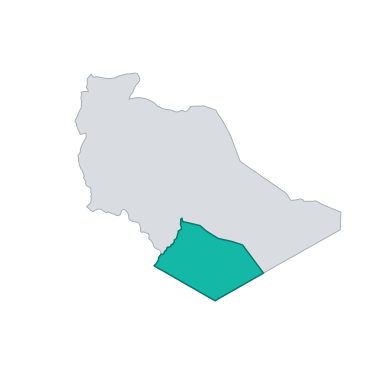 where Ennedi sits in Chad, rotated 120°
{"feature_id": "TCD-5579", "entity_name": "Ennedi", "entity_type": "Préfecture", "adm_level": 1, "iso_a3": "TCD", "parent_name": "Chad", "parent_adm1": "", "projection": "natural_earth1", "projection_center": [22.297, 18.351], "detail": "fine", "context": "in_parent", "style": "filled", "palette": "teal", "viewbox_px": 384, "rotation_deg": 120, "n_neighbors": 0, "source": "natural_earth", "source_scale": "10m", "svg_char_len": 5656}
<svg xmlns="http://www.w3.org/2000/svg" viewBox="0 0 384 384"><g transform="rotate(120 192 192)"><path d="M274.6,117.7L274.7,126.0L274.7,134.2L274.7,142.4L274.8,150.7L274.8,158.9L274.8,167.1L274.8,175.4L274.8,183.6L274.9,186.3L274.7,187.4L274.6,187.5L274.3,187.7L270.5,187.0L268.9,186.9L266.6,187.5L263.2,187.8L261.1,187.7L259.6,189.2L258.4,190.9L258.9,195.0L258.8,196.3L258.4,197.7L257.3,198.9L256.3,199.9L255.7,200.7L254.9,202.6L254.4,203.4L254.4,204.6L254.3,205.8L253.6,206.4L252.1,206.9L251.1,207.5L250.2,208.3L249.7,209.0L250.0,209.8L250.4,211.0L250.6,212.8L250.8,213.9L251.5,214.8L252.0,215.4L252.2,216.1L251.7,216.8L249.8,218.1L249.0,218.6L248.2,219.3L247.8,219.5L246.4,220.8L245.7,221.9L245.4,222.8L245.4,224.1L246.1,226.0L246.9,227.6L247.2,228.9L247.4,230.2L247.3,231.5L246.9,232.6L246.2,233.6L243.5,235.5L242.2,237.5L241.2,240.0L240.9,241.4L241.2,242.3L241.8,243.1L242.6,243.5L243.7,243.6L245.6,243.2L247.4,242.9L249.2,243.8L250.2,245.9L249.8,247.4L250.6,250.2L251.2,253.6L251.1,254.7L251.4,255.2L252.6,255.4L252.9,256.2L252.5,262.1L253.0,263.7L253.8,264.9L254.7,265.5L255.6,266.3L256.1,266.8L257.1,267.0L258.3,268.0L258.6,269.5L258.5,270.9L257.8,273.9L257.3,275.9L256.6,275.7L255.2,275.2L253.5,274.8L251.5,274.5L249.5,275.3L247.4,276.3L246.7,277.1L246.1,277.6L245.2,277.5L244.4,277.7L243.9,278.4L243.1,279.2L240.1,281.0L239.4,281.6L239.0,282.2L239.0,282.9L239.3,284.3L239.3,286.0L238.7,287.5L237.9,288.4L237.0,288.8L236.2,289.0L235.7,289.6L234.1,292.8L233.4,293.4L232.0,293.3L228.0,298.1L227.6,299.5L226.1,301.5L224.3,303.7L222.6,304.8L222.5,305.2L222.0,305.7L221.0,306.1L217.4,308.9L213.2,308.7L211.3,309.8L209.4,310.3L206.8,310.8L206.0,310.8L202.5,311.0L198.5,310.9L196.9,311.3L195.5,312.3L194.4,313.2L194.3,313.5L194.4,313.9L194.4,314.2L197.2,316.4L197.9,317.5L197.2,318.6L196.8,318.7L196.8,318.8L196.3,319.6L194.7,322.1L192.2,325.1L190.9,326.0L190.3,326.5L189.7,328.5L189.2,328.8L187.5,329.0L184.1,329.2L179.3,329.9L176.5,330.1L174.7,329.9L172.3,331.3L171.4,331.6L170.8,331.7L168.4,333.0L166.3,335.1L165.6,335.5L162.7,336.3L161.5,337.7L161.0,337.9L159.2,336.0L157.9,334.3L157.3,332.6L157.2,332.1L156.9,332.2L155.9,332.9L155.0,333.8L154.6,335.4L151.6,336.5L149.1,337.5L147.9,338.7L146.1,339.3L143.8,339.0L142.1,338.5L140.3,338.4L141.2,336.9L141.5,335.8L141.6,334.4L141.5,333.5L140.4,333.0L139.8,332.3L138.3,328.1L136.8,323.7L134.7,319.3L132.3,316.6L130.6,314.9L130.1,314.7L129.2,314.2L128.6,313.7L125.5,310.7L122.3,307.5L121.5,306.0L119.9,303.7L118.1,301.4L117.2,300.4L116.8,298.5L118.0,296.8L119.3,294.6L121.0,293.2L123.1,293.1L126.6,293.7L130.4,293.9L134.1,293.4L135.1,293.1L136.0,293.1L138.0,293.6L141.5,293.5L143.3,292.7L141.4,291.2L139.3,288.8L137.4,286.2L136.2,283.9L135.1,280.9L134.1,277.1L133.6,272.3L133.7,269.6L134.0,267.6L135.1,264.4L134.4,262.6L134.6,261.1L134.5,258.8L134.1,257.7L132.8,254.0L132.5,253.6L131.4,251.0L130.9,246.7L129.5,243.9L127.4,242.5L126.1,240.9L125.7,237.9L124.9,237.2L121.4,236.1L118.6,236.1L116.5,232.8L113.9,228.5L111.5,224.6L110.0,216.7L109.1,212.1L110.2,210.7L112.2,207.5L114.9,201.3L120.8,191.8L123.8,186.9L129.9,179.6L137.3,170.6L141.4,165.5L142.2,156.3L143.0,146.5L143.6,139.1L144.3,130.4L144.9,123.1L145.4,117.8L146.0,110.2L146.5,108.8L149.5,102.8L149.7,102.0L149.2,101.0L145.2,96.0L143.9,94.9L143.2,92.3L144.3,90.8L139.5,82.4L138.3,81.3L137.8,80.3L137.7,78.8L137.7,72.9L136.5,63.7L135.0,53.1L140.7,50.0L145.1,47.7L150.7,44.7L155.7,47.8L163.1,52.1L170.5,56.5L177.9,60.9L185.3,65.3L192.7,69.6L200.1,74.0L207.5,78.4L215.0,82.8L222.4,87.1L229.8,91.5L237.3,95.9L244.7,100.2L252.2,104.6L259.7,109.0L267.2,113.4L274.6,117.7Z" fill="#d9dde1" stroke="#a8b0b8" stroke-width="1"/><path d="M226.5,89.6L228.5,90.7L230.4,91.8L232.3,92.9L234.2,94.1L236.1,95.2L238.1,96.3L240.0,97.5L241.9,98.6L243.8,99.7L245.7,100.8L247.7,102.0L249.6,103.1L251.5,104.2L253.4,105.3L255.4,106.5L257.3,107.6L259.2,108.7L261.2,109.9L263.1,111.0L265.0,112.1L266.9,113.2L268.9,114.4L270.8,115.5L272.7,116.6L274.7,117.7L274.7,122.0L274.7,126.3L274.7,130.6L274.7,134.9L274.7,139.2L274.7,143.5L274.8,147.8L274.8,152.0L274.8,156.3L274.8,160.6L274.8,164.9L274.8,169.2L274.8,173.5L274.8,177.8L274.9,182.0L274.9,186.3L274.9,187.4L274.7,188.0L274.3,187.9L272.4,187.2L270.5,186.9L268.7,186.9L267.7,187.1L265.6,188.0L264.4,188.1L262.0,187.6L261.3,187.7L260.5,186.2L260.4,186.1L259.4,185.6L259.0,185.6L258.9,185.6L258.7,185.6L258.4,185.7L258.1,185.8L257.8,186.0L257.6,186.0L257.3,186.0L257.1,185.9L256.9,185.8L256.8,185.7L256.4,185.7L256.2,185.6L255.9,185.3L255.8,185.2L255.6,185.2L255.4,185.3L255.1,185.4L254.6,185.4L254.2,185.4L253.7,185.5L253.2,185.5L252.9,185.6L252.7,185.7L252.6,185.8L252.4,185.7L252.2,185.6L252.1,185.4L252.0,185.2L251.9,185.2L251.8,184.9L251.7,184.8L251.6,184.7L251.4,184.6L251.3,184.4L251.2,184.1L251.1,183.9L250.5,183.7L250.3,183.7L249.9,183.5L249.8,183.4L249.7,183.3L249.6,183.2L249.4,183.2L249.2,183.3L248.9,183.5L248.7,183.6L248.3,183.6L248.1,183.6L247.8,183.4L247.6,183.4L247.0,182.8L246.6,182.3L246.4,182.3L246.1,182.6L245.6,182.5L245.2,182.4L244.7,182.4L244.0,182.5L243.6,182.7L243.2,182.9L242.5,183.3L242.4,183.3L242.0,183.2L241.3,182.8L240.0,182.3L239.9,182.3L239.7,182.2L239.5,182.3L238.9,182.4L238.1,182.7L234.1,183.7L233.9,183.7L233.0,184.3L232.9,184.3L232.6,184.3L230.9,183.4L229.8,182.6L229.6,182.5L229.4,182.6L229.2,182.7L228.8,183.1L228.6,183.3L227.6,183.6L227.4,183.8L227.2,183.9L227.1,184.0L226.8,184.7L226.6,185.0L226.4,185.2L225.4,186.0L222.7,187.1L222.1,187.5L221.7,187.8L221.2,188.1L220.9,188.0L220.5,187.9L220.2,187.7L219.9,187.6L222.3,185.1L220.9,181.0L217.1,168.3L218.6,160.5L219.0,152.3L219.1,145.9L214.9,132.7L212.6,121.7L226.5,89.6Z" fill="#14b8a6" stroke="#0f766e" stroke-width="1.5"/></g></svg>